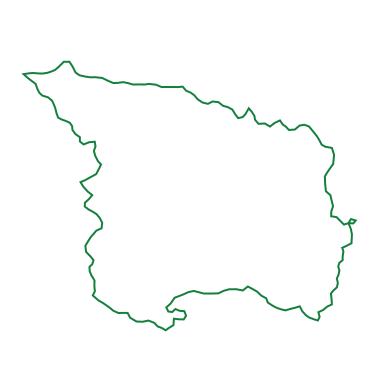 Taquaraçu de Minas, Minas Gerais, Brazil (orthographic projection), rotated 267°
{"feature_id": "56859067B12117567262809", "entity_name": "Taquaraçu de Minas", "entity_type": "district", "adm_level": 2, "iso_a3": "BRA", "parent_name": "Brazil", "parent_adm1": "Minas Gerais", "projection": "orthographic", "projection_center": [-43.685, -19.629], "detail": "fine", "context": "isolated", "style": "outline", "palette": "green", "viewbox_px": 384, "rotation_deg": 267, "n_neighbors": 0, "source": "geoboundaries", "source_scale": "gbopen_adm2", "svg_char_len": 2851}
<svg xmlns="http://www.w3.org/2000/svg" viewBox="0 0 384 384"><g transform="rotate(267 192 192)"><path d="M258.9,283.6L256.7,278.3L253.3,273.3L256.6,268.4L256.6,262.0L260.9,258.7L264.7,258.3L269.0,255.9L272.6,253.1L266.9,249.4L264.2,246.6L263.3,242.0L267.1,239.4L272.2,236.6L274.9,232.2L276.4,227.6L280.4,223.0L281.3,217.2L279.2,212.6L280.8,207.2L284.4,202.4L288.3,199.5L291.3,195.9L293.4,191.5L297.7,188.2L297.5,183.4L297.9,178.4L298.1,173.2L298.5,166.9L301.0,161.7L302.2,154.7L301.8,150.3L302.2,145.0L302.4,138.8L304.0,134.0L305.3,129.2L304.9,124.2L304.9,119.2L307.3,114.2L310.6,108.3L311.7,101.2L311.9,96.0L313.1,90.5L314.5,85.7L317.4,82.0L323.7,79.2L328.5,76.4L328.7,70.7L324.2,65.7L321.0,61.6L319.7,57.9L318.6,53.9L318.1,49.0L318.5,44.4L319.1,40.0L319.1,35.9L318.5,30.0L314.8,33.7L311.9,37.0L308.2,41.5L302.9,43.0L299.0,44.8L296.1,47.6L294.1,53.1L290.6,57.0L286.9,58.5L283.1,59.8L277.9,60.8L273.3,62.2L271.2,65.7L269.6,69.6L267.6,73.5L264.1,75.7L260.2,75.9L256.1,78.5L252.6,82.9L248.3,82.7L245.2,86.3L247.1,92.0L247.3,97.5L242.5,98.0L238.2,96.2L233.3,97.2L227.7,99.7L224.3,102.6L220.0,100.3L214.9,97.2L212.0,91.2L209.5,86.1L207.7,81.2L203.1,83.7L197.8,88.0L194.1,92.2L190.3,88.7L187.0,84.6L183.1,84.1L179.9,87.9L177.3,92.2L174.9,95.5L170.8,98.6L166.0,100.7L160.5,99.8L158.4,94.4L155.3,91.5L152.5,88.7L148.6,85.9L143.9,82.7L137.7,83.1L133.4,86.9L129.1,90.1L125.2,88.7L122.6,85.7L118.2,85.7L113.9,87.2L108.8,90.0L103.3,89.6L97.9,89.8L93.9,87.5L88.8,92.7L85.5,97.7L81.3,103.1L77.5,107.3L75.0,112.2L74.9,116.6L74.6,121.4L69.7,123.6L65.6,129.7L65.0,135.8L65.9,141.8L63.3,147.5L59.6,150.6L57.9,154.5L55.3,158.5L57.5,161.9L60.0,166.5L66.4,167.3L65.6,172.0L65.2,177.1L68.7,179.6L73.4,178.1L74.0,173.4L76.0,169.3L73.2,166.0L73.9,162.1L78.1,160.3L81.6,164.7L87.3,169.1L88.9,174.1L90.2,178.0L92.2,183.2L93.1,188.6L91.7,193.0L90.0,198.5L89.6,205.6L89.4,213.0L91.6,218.3L92.9,223.9L92.6,231.1L91.0,237.6L94.7,242.8L92.0,247.3L89.1,251.8L84.8,255.9L82.0,260.5L77.7,261.9L74.7,265.9L72.2,269.9L70.4,274.2L68.9,279.0L70.0,283.7L70.9,288.4L72.2,293.6L67.0,296.0L63.0,299.3L60.6,302.3L58.7,306.6L57.1,311.0L60.6,312.9L65.3,311.9L67.3,316.7L70.6,321.2L72.4,325.8L77.5,325.8L83.3,325.4L86.1,327.9L89.2,331.7L93.6,332.9L98.0,332.1L101.7,334.0L106.0,335.1L109.9,334.1L113.6,335.5L116.1,338.9L120.0,339.1L124.7,340.1L128.4,339.1L130.0,343.2L132.5,348.6L141.5,349.5L146.8,348.7L152.7,346.6L151.5,342.1L156.0,338.0L159.3,335.1L160.5,329.7L165.3,330.1L170.4,332.1L176.1,331.0L181.5,330.1L185.7,325.8L192.9,325.4L200.7,325.5L204.9,328.4L208.9,331.5L212.5,334.4L216.7,335.1L221.9,335.8L228.7,334.0L230.2,327.6L232.4,324.0L236.6,322.1L241.1,319.7L245.6,316.5L251.3,312.3L253.3,307.6L252.7,302.9L249.0,298.0L248.9,292.0L252.3,289.2L254.6,286.2L258.9,283.6ZM152.7,346.6L152.2,351.5L155.0,354.0L156.6,349.3L152.7,346.6Z" fill="none" stroke="#15803d" stroke-width="2"/></g></svg>